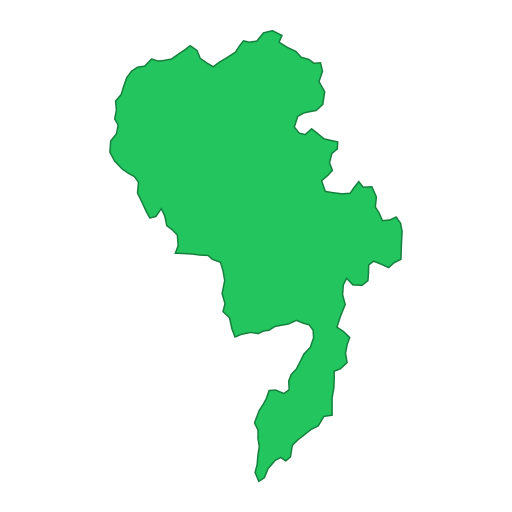 outline of São Miguel do Anta, Minas Gerais, Brazil
{"feature_id": "56859067B35975223000187", "entity_name": "São Miguel do Anta", "entity_type": "district", "adm_level": 2, "iso_a3": "BRA", "parent_name": "Brazil", "parent_adm1": "Minas Gerais", "projection": "equal_earth", "projection_center": [-42.703, -20.747], "detail": "fine", "context": "isolated", "style": "filled", "palette": "green", "viewbox_px": 512, "rotation_deg": 0, "n_neighbors": 0, "source": "geoboundaries", "source_scale": "gbopen_adm2", "svg_char_len": 2339}
<svg xmlns="http://www.w3.org/2000/svg" viewBox="0 0 512 512"><path d="M254.5,422.9L258.0,430.0L258.0,438.5L259.3,446.5L258.0,454.5L257.1,464.8L255.1,472.5L258.8,481.3L264.4,477.7L268.0,468.7L275.3,460.3L280.7,457.5L285.8,460.9L290.5,456.8L292.3,445.3L298.0,439.7L304.3,434.8L311.1,429.4L318.2,425.9L323.9,416.4L332.1,415.2L332.1,408.0L332.1,397.8L333.8,388.3L334.2,378.6L334.1,371.3L340.4,368.8L347.1,362.6L345.5,353.1L347.2,344.3L349.7,337.5L343.3,331.4L336.9,327.1L340.7,315.6L345.2,304.6L342.6,294.7L343.3,284.9L346.6,278.3L352.9,284.9L362.0,285.3L367.9,280.7L368.5,273.0L368.7,265.0L373.6,261.2L381.2,264.2L388.7,267.6L393.7,263.0L400.9,259.3L401.2,250.8L401.5,242.5L402.1,231.5L400.6,223.3L396.1,217.0L390.1,219.9L382.5,220.7L379.0,212.8L375.3,207.0L376.4,197.0L371.9,186.8L363.1,187.2L358.8,181.6L353.7,188.0L350.2,193.3L341.8,193.8L332.2,192.6L325.3,191.4L321.6,180.7L327.9,175.3L332.4,170.4L329.5,162.7L331.9,153.3L337.3,149.0L337.7,141.9L332.1,140.7L323.9,138.8L318.8,134.5L311.6,128.8L305.2,134.6L299.1,133.1L294.3,127.0L297.8,116.3L304.0,112.9L309.6,111.7L316.1,110.5L322.8,104.4L324.7,91.8L319.0,81.6L322.5,71.3L320.5,62.8L314.1,63.3L308.8,59.4L301.1,57.2L295.8,51.4L287.5,47.5L279.0,42.2L282.0,35.5L272.5,30.7L263.6,32.8L256.8,41.1L249.1,42.2L243.5,40.8L239.7,45.6L235.5,52.1L227.2,57.5L219.0,62.4L213.3,66.7L207.3,63.3L200.2,58.4L197.1,50.6L190.2,45.7L184.3,50.2L178.9,53.8L171.3,59.1L163.0,60.6L157.7,61.0L151.6,59.0L144.6,66.2L137.7,67.1L131.5,71.2L126.7,77.7L123.6,86.5L121.2,94.5L115.6,101.0L116.4,110.1L114.7,118.9L118.1,125.0L116.5,133.7L110.7,141.0L109.9,152.2L114.7,161.2L122.4,169.2L128.9,173.6L134.3,176.5L138.5,182.2L137.5,193.0L142.1,202.4L146.1,211.2L149.9,218.0L155.9,216.5L161.3,208.6L164.7,215.8L166.8,225.7L172.4,229.9L177.3,234.9L178.2,245.6L175.3,253.2L182.9,253.5L191.7,254.0L200.3,255.1L208.0,255.4L212.3,259.3L220.5,262.3L223.0,270.7L224.7,280.6L222.1,293.6L225.0,303.6L223.0,311.6L229.5,317.7L231.9,328.7L235.0,337.0L241.5,334.3L250.8,332.4L258.2,333.6L263.3,331.1L269.0,330.2L274.9,326.5L280.9,325.3L288.1,324.1L296.3,320.4L303.9,323.4L309.2,324.8L313.1,330.2L313.6,337.8L310.3,347.3L303.9,354.0L299.7,362.6L296.3,369.1L291.2,374.5L288.7,381.0L289.2,389.8L283.8,393.5L275.8,390.1L269.1,390.5L266.4,398.4L263.3,404.2L259.1,410.7L254.5,422.9Z" fill="#22c55e" stroke="#15803d" stroke-width="1.5"/></svg>